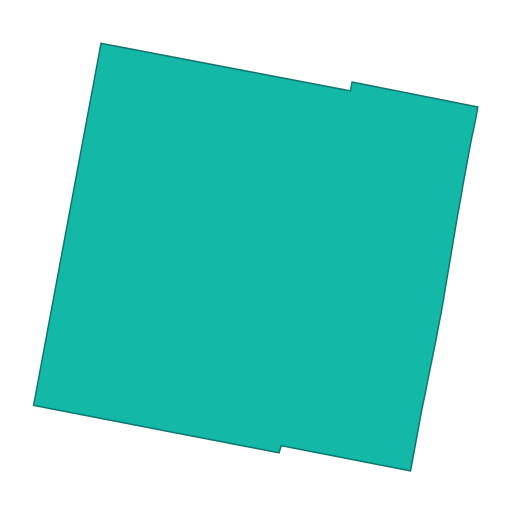 Mercer, Missouri, United States of America (orthographic projection), rotated 101°
{"feature_id": "52423323B31950432025516", "entity_name": "Mercer", "entity_type": "district", "adm_level": 2, "iso_a3": "USA", "parent_name": "United States of America", "parent_adm1": "Missouri", "projection": "orthographic", "projection_center": [-93.589, 40.422], "detail": "fine", "context": "isolated", "style": "filled", "palette": "teal", "viewbox_px": 512, "rotation_deg": 101, "n_neighbors": 0, "source": "geoboundaries", "source_scale": "gbopen_adm2", "svg_char_len": 579}
<svg xmlns="http://www.w3.org/2000/svg" viewBox="0 0 512 512"><g transform="rotate(101 256 256)"><path d="M445.1,445.8L445.0,303.7L444.8,195.8L437.4,195.0L437.5,63.3L375.1,63.9L353.4,63.6L351.9,63.7L298.9,63.3L295.7,63.4L295.2,63.4L276.6,63.4L271.3,63.5L268.6,63.6L266.7,63.7L265.0,63.5L260.9,63.7L260.4,63.8L260.0,63.8L231.2,64.5L176.7,65.9L173.9,65.9L171.4,65.9L165.0,66.0L157.4,66.1L145.1,66.4L115.4,66.7L109.9,66.8L101.7,66.8L96.6,66.8L89.7,66.5L71.2,66.6L67.4,66.7L66.9,194.9L75.9,194.7L76.8,448.7L445.1,445.8Z" fill="#14b8a6" stroke="#0f766e" stroke-width="1.5"/></g></svg>